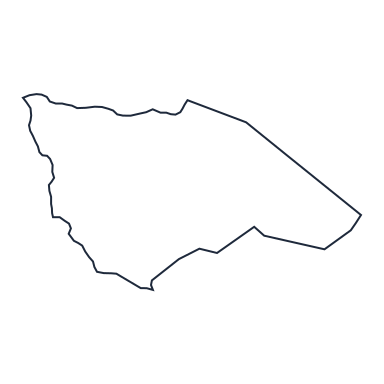 Barrocas, Bahia, Brazil (Robinson projection), rotated 90°
{"feature_id": "56859067B90596370727458", "entity_name": "Barrocas", "entity_type": "district", "adm_level": 2, "iso_a3": "BRA", "parent_name": "Brazil", "parent_adm1": "Bahia", "projection": "robinson", "projection_center": [-39.103, -11.527], "detail": "fine", "context": "isolated", "style": "outline", "palette": "slate", "viewbox_px": 384, "rotation_deg": 90, "n_neighbors": 0, "source": "geoboundaries", "source_scale": "gbopen_adm2", "svg_char_len": 1234}
<svg xmlns="http://www.w3.org/2000/svg" viewBox="0 0 384 384"><g transform="rotate(90 192 192)"><path d="M122.3,137.9L100.2,196.5L104.5,199.3L108.7,201.5L112.2,203.7L114.6,208.5L114.2,213.2L112.7,217.6L112.7,223.4L109.3,231.3L112.2,237.8L113.5,243.8L115.7,253.4L115.6,261.1L114.4,266.8L110.5,270.9L108.8,275.6L107.0,282.0L106.7,289.2L107.8,298.2L108.1,306.9L105.6,312.1L104.6,317.5L103.5,322.0L103.5,328.3L101.5,334.2L96.9,337.2L94.6,342.4L94.1,347.5L95.2,354.5L97.8,361.0L102.2,357.6L108.2,353.5L115.6,352.8L120.6,353.5L125.2,355.0L130.8,353.8L135.9,351.1L141.6,348.6L146.4,346.1L152.1,344.6L155.3,341.6L155.8,336.9L159.0,333.9L165.0,331.4L171.9,331.7L177.8,329.9L181.7,332.4L185.0,335.1L190.9,334.6L196.8,332.9L204.0,332.9L208.3,332.1L213.1,331.9L217.2,331.0L217.2,324.3L220.8,319.3L223.6,315.0L228.4,313.1L233.8,315.3L240.8,310.1L243.0,305.8L245.6,301.8L251.5,298.8L257.1,294.9L261.5,291.0L267.0,289.6L271.8,287.0L273.1,280.3L273.3,272.6L273.7,267.6L276.8,262.4L288.1,243.3L288.2,237.3L289.9,231.1L285.0,233.0L280.4,232.1L259.1,205.1L248.7,184.6L253.0,167.0L247.8,159.6L226.8,129.8L235.7,119.8L249.3,59.5L230.3,33.2L223.1,28.2L215.0,23.0L157.3,94.6L154.4,98.2L122.3,137.9Z" fill="none" stroke="#1e293b" stroke-width="2"/></g></svg>